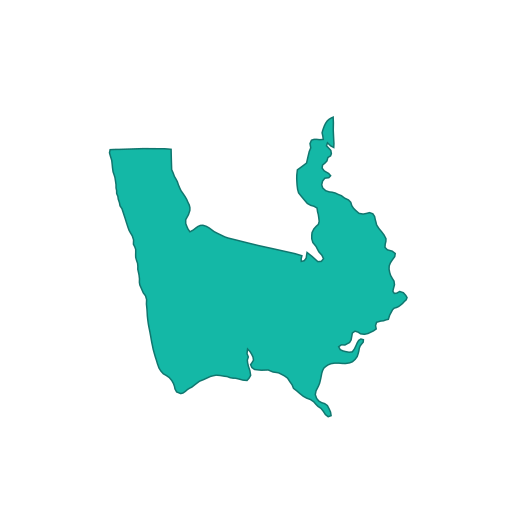 outline of Likoni, Coast, Kenya, rotated 143°
{"feature_id": "3690345B67191049823154", "entity_name": "Likoni", "entity_type": "district", "adm_level": 2, "iso_a3": "KEN", "parent_name": "Kenya", "parent_adm1": "Coast", "projection": "robinson", "projection_center": [39.624, -4.1], "detail": "fine", "context": "isolated", "style": "filled", "palette": "teal", "viewbox_px": 512, "rotation_deg": 143, "n_neighbors": 0, "source": "geoboundaries", "source_scale": "gbopen_adm2", "svg_char_len": 5068}
<svg xmlns="http://www.w3.org/2000/svg" viewBox="0 0 512 512"><g transform="rotate(143 256 256)"><path d="M308.5,428.7L310.9,426.6L312.2,423.3L313.7,419.1L315.8,415.6L317.4,413.0L319.5,409.2L320.5,406.1L321.4,403.6L323.0,400.6L324.8,397.3L326.8,394.6L327.9,392.2L329.7,389.7L330.4,386.8L331.8,384.3L333.0,380.7L334.4,377.9L334.6,374.4L335.8,370.9L336.9,367.7L337.8,365.0L339.1,361.4L340.9,356.2L341.9,353.0L342.3,350.3L342.7,346.5L344.1,342.5L346.8,339.2L347.3,336.3L348.1,333.7L349.8,331.4L351.4,329.4L352.9,327.3L354.0,324.5L355.0,321.4L356.6,318.8L358.4,316.5L359.6,313.9L360.8,311.3L362.8,307.9L365.0,305.1L366.2,302.8L367.1,299.0L368.2,294.4L368.2,290.7L369.6,287.0L372.4,283.6L375.0,279.3L377.1,276.1L378.8,273.6L380.3,271.1L381.9,268.3L383.1,266.1L384.2,263.9L385.3,261.6L386.4,259.3L388.4,255.3L390.1,252.0L391.5,249.2L392.8,246.4L394.2,243.5L395.6,240.0L397.1,236.1L398.3,232.6L399.5,229.4L400.9,224.9L401.2,221.3L400.9,217.7L399.6,214.7L398.4,211.1L398.2,207.2L398.7,203.7L399.6,200.9L400.7,198.6L401.2,195.2L398.9,191.4L396.7,190.5L393.8,190.4L391.1,190.6L388.6,190.4L386.2,189.9L382.0,190.0L376.5,190.0L372.5,188.9L368.0,187.9L364.8,187.2L362.0,186.0L359.5,184.8L356.5,182.1L353.7,179.1L351.5,177.0L349.9,174.4L347.9,172.3L345.9,170.7L343.4,167.7L341.1,164.7L338.1,162.0L335.1,162.6L332.1,163.9L329.9,168.1L328.5,172.3L327.0,175.7L325.6,178.1L322.9,180.0L321.9,183.5L318.7,186.8L318.3,183.4L318.6,180.2L319.2,177.1L320.7,174.3L323.4,173.2L325.7,172.5L326.4,169.4L325.5,166.3L323.1,164.0L320.5,161.6L317.5,159.5L314.8,157.6L313.5,155.3L312.2,153.1L310.2,151.1L308.3,149.1L306.7,145.9L305.4,143.1L304.3,139.5L304.6,135.3L304.7,131.4L305.7,127.7L304.7,124.2L303.8,120.0L302.7,115.6L301.1,112.0L298.9,108.6L297.6,104.8L297.4,101.5L297.0,98.5L295.8,95.2L295.7,91.3L296.0,87.6L295.1,84.2L292.1,83.3L290.4,86.5L289.7,89.5L289.0,93.6L290.0,96.8L291.8,99.3L293.1,102.2L293.3,105.7L292.1,109.6L289.2,112.2L286.9,113.3L284.3,114.6L281.8,116.1L279.8,117.7L277.8,119.4L275.9,121.1L273.9,122.9L271.8,124.4L269.4,125.6L267.0,125.8L264.1,125.7L261.0,124.9L257.8,123.2L254.3,120.6L251.9,118.4L249.3,116.3L245.5,114.3L242.6,113.5L239.0,113.8L235.7,114.8L233.1,116.6L231.0,118.3L229.0,120.2L226.9,121.5L224.4,122.2L222.2,122.7L220.6,124.5L222.2,126.6L224.8,126.8L227.3,125.8L230.1,124.2L233.4,122.5L236.8,121.5L239.6,123.1L242.1,125.9L243.7,127.9L245.1,130.5L244.6,133.8L241.3,133.7L238.5,131.4L235.7,131.0L233.4,130.6L230.6,131.7L228.2,133.9L225.4,136.5L222.2,136.4L220.3,133.8L219.3,130.9L216.5,128.2L213.2,126.7L210.2,126.1L207.3,125.5L203.9,125.4L202.4,128.5L199.6,130.5L195.6,129.0L193.1,127.5L190.7,126.8L188.4,125.8L184.7,128.4L181.4,129.9L179.3,130.9L177.0,131.2L174.8,130.3L172.5,129.8L169.9,129.8L167.5,129.9L164.9,130.4L162.5,130.6L160.4,131.9L160.1,134.4L160.4,138.0L162.6,141.2L165.9,141.6L168.0,142.8L168.0,145.4L165.9,147.2L162.7,149.7L160.9,152.9L160.7,155.6L160.2,159.4L159.2,162.3L157.6,165.5L155.5,168.0L152.9,169.6L150.2,170.6L148.0,171.3L145.6,172.0L143.3,174.2L144.3,177.9L147.4,181.9L147.8,185.3L145.7,187.7L143.5,189.5L141.8,191.6L141.1,195.8L141.1,199.9L141.3,203.9L141.0,208.2L139.9,210.7L138.9,213.2L137.5,216.2L137.3,219.4L139.2,222.3L142.1,223.5L145.2,225.0L148.1,228.1L149.0,232.5L149.4,235.6L149.2,238.6L148.0,241.9L148.4,245.1L150.4,248.9L151.5,252.8L153.2,255.5L154.8,258.6L156.8,261.1L158.9,263.1L161.0,266.1L161.8,270.1L160.7,273.3L157.7,275.8L154.2,276.7L150.7,274.7L148.1,275.2L148.3,278.2L149.3,280.5L150.3,283.0L150.3,286.4L148.1,288.6L145.1,288.7L142.2,289.2L139.3,291.4L136.2,291.1L134.2,292.4L132.7,295.3L133.0,298.2L133.4,301.6L130.8,303.4L130.1,299.0L128.6,295.9L126.1,298.9L124.3,301.6L118.5,310.1L114.1,315.7L110.8,320.5L113.2,321.0L115.5,321.2L117.8,321.0L120.5,320.1L122.9,318.9L125.0,317.6L127.2,316.1L129.1,314.6L130.5,311.5L132.1,308.6L135.2,310.6L137.2,312.5L139.4,314.2L142.0,315.1L145.2,313.3L147.2,309.4L150.6,307.4L155.7,303.2L159.7,299.8L165.4,299.8L171.1,299.9L173.0,297.9L174.8,296.0L176.9,293.3L178.6,290.8L180.4,288.1L182.6,284.3L184.0,280.8L183.9,276.7L183.7,272.3L183.4,267.1L181.8,263.5L179.8,260.9L178.4,257.6L180.2,254.3L181.3,251.6L182.9,248.7L184.7,245.6L187.2,243.7L190.0,243.5L193.5,242.8L197.1,241.0L199.0,239.0L201.1,236.2L202.5,232.5L202.3,227.4L202.9,224.1L203.3,221.3L202.9,216.9L203.7,213.2L207.1,212.4L210.0,214.3L211.5,222.0L213.1,228.1L215.1,226.2L217.2,224.1L220.3,223.2L223.1,224.4L221.7,226.5L219.2,228.6L223.5,234.5L228.2,240.0L237.9,251.4L247.7,262.8L255.2,272.0L262.7,281.3L264.9,284.0L267.5,287.2L269.4,290.0L271.6,294.3L273.2,297.4L274.8,300.7L275.7,303.8L276.6,306.8L277.9,309.7L279.9,312.5L282.0,313.9L284.6,314.5L286.9,314.6L290.5,314.5L294.2,315.1L294.1,318.4L293.4,321.4L292.6,324.2L290.3,327.3L285.0,329.7L281.4,332.2L279.7,334.4L278.6,336.9L278.0,340.1L277.3,342.9L276.9,346.2L276.7,349.9L276.6,353.3L276.0,356.2L275.2,359.4L274.1,362.7L273.6,365.8L273.3,368.6L272.2,372.2L271.4,375.7L265.4,384.2L259.6,392.3L262.0,394.5L264.5,396.7L272.8,403.0L281.1,409.4L291.2,416.5L301.3,423.6L303.7,425.4L305.7,426.8L308.5,428.7Z" fill="#14b8a6" stroke="#0f766e" stroke-width="1.5"/></g></svg>